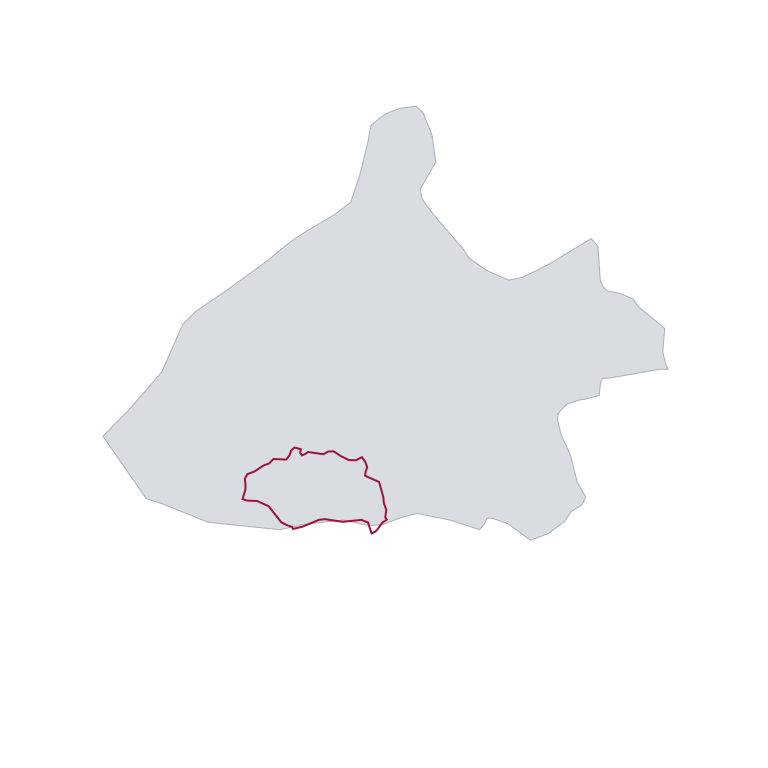 Rutana highlighted on a map of Burundi, rotated 54°
{"feature_id": "BDI-2634", "entity_name": "Rutana", "entity_type": "Province", "adm_level": 1, "iso_a3": "BDI", "parent_name": "Burundi", "parent_adm1": "", "projection": "orthographic", "projection_center": [30.114, -3.886], "detail": "fine", "context": "in_parent", "style": "outline", "palette": "rose", "viewbox_px": 768, "rotation_deg": 54, "n_neighbors": 0, "source": "natural_earth", "source_scale": "10m", "svg_char_len": 1823}
<svg xmlns="http://www.w3.org/2000/svg" viewBox="0 0 768 768"><g transform="rotate(54 384 384)"><path d="M539.2,145.5L534.4,151.8L512.2,197.1L507.8,204.0L510.3,208.1L519.7,216.7L514.2,231.0L512.0,234.8L507.8,248.2L510.1,260.4L515.4,264.9L529.8,270.8L551.4,275.1L576.9,285.3L594.0,287.2L598.0,294.5L597.2,307.7L601.4,319.1L601.5,339.5L596.4,357.4L570.1,365.8L556.6,375.0L553.0,379.6L556.3,385.0L558.0,392.3L533.3,410.2L508.0,433.5L501.9,449.3L496.9,467.9L489.4,479.8L470.1,496.9L450.4,531.4L440.8,553.8L392.4,607.6L349.5,634.5L337.0,643.7L261.0,642.1L255.1,605.9L243.5,556.4L217.4,511.7L214.6,493.0L215.7,456.9L215.8,406.2L214.0,379.0L214.6,359.1L217.9,324.5L217.4,303.9L200.2,280.1L178.8,254.8L167.1,242.4L166.5,232.4L166.5,223.2L170.0,209.7L178.3,194.6L187.7,193.0L210.9,198.9L235.0,211.7L247.7,240.4L257.5,244.5L275.3,244.4L320.7,240.6L332.0,241.1L352.7,234.2L373.2,222.1L379.1,209.5L383.9,181.4L388.2,130.8L398.7,130.2L427.4,148.2L433.5,149.4L439.6,148.8L449.5,139.8L461.7,132.6L470.8,132.8L504.1,124.3L521.9,139.6L533.2,144.4L539.2,145.5Z" fill="#d9dde1" stroke="#a8b0b8" stroke-width="1"/><path d="M495.4,461.5L495.1,466.0L496.2,470.1L497.5,473.8L498.3,477.6L497.5,481.9L486.7,478.3L480.6,482.2L471.3,498.3L458.6,511.3L455.7,516.3L451.5,533.8L447.7,542.9L445.5,542.3L442.3,544.8L435.5,548.4L415.0,549.2L404.0,555.5L397.8,563.4L393.9,566.0L387.8,558.0L383.5,554.9L379.0,552.4L376.6,547.6L378.6,540.4L379.2,529.0L380.8,523.5L379.7,517.5L387.7,507.5L386.0,502.1L383.3,498.4L382.8,493.8L387.8,489.6L390.4,492.3L393.5,492.4L394.3,489.0L394.4,485.4L405.2,474.3L405.8,468.9L408.8,464.4L416.9,461.3L424.8,457.2L429.2,451.6L430.2,444.9L436.0,444.9L441.5,446.6L444.2,450.5L447.1,453.2L460.4,445.6L474.8,450.9L480.5,454.2L487.0,456.1L492.7,461.4L495.3,461.5L495.4,461.5Z" fill="none" stroke="#9f1239" stroke-width="2"/></g></svg>